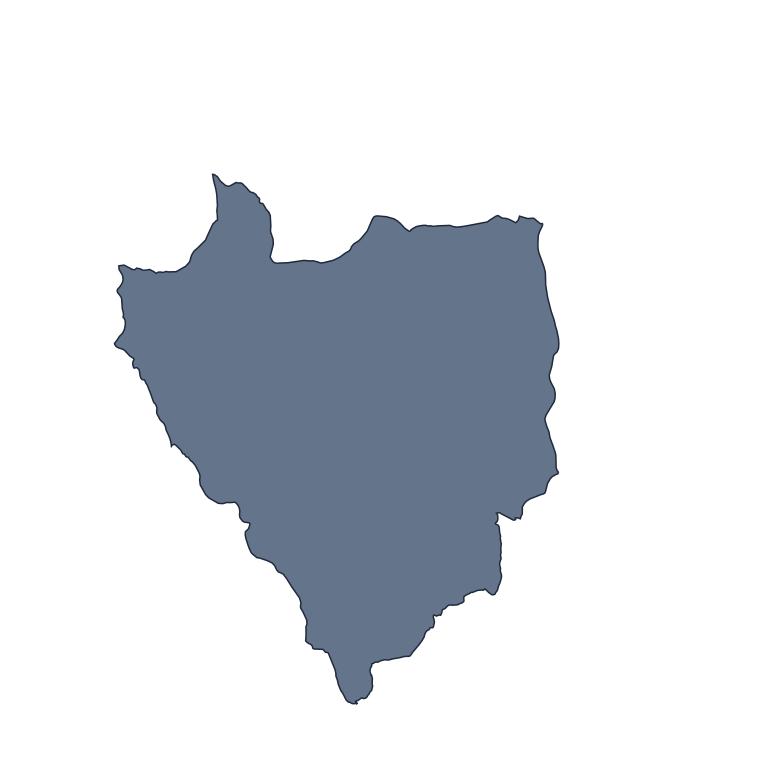 the district of Buenavista, Boyacá, Colombia, rotated 151°
{"feature_id": "7082276B74046727222387", "entity_name": "Buenavista", "entity_type": "district", "adm_level": 2, "iso_a3": "COL", "parent_name": "Colombia", "parent_adm1": "Boyacá", "projection": "natural_earth1", "projection_center": [-73.954, 5.487], "detail": "fine", "context": "isolated", "style": "filled", "palette": "slate", "viewbox_px": 768, "rotation_deg": 151, "n_neighbors": 0, "source": "geoboundaries", "source_scale": "gbopen_adm2", "svg_char_len": 6171}
<svg xmlns="http://www.w3.org/2000/svg" viewBox="0 0 768 768"><g transform="rotate(151 384 384)"><path d="M432.3,650.5L434.4,644.4L436.7,635.7L438.5,630.6L443.3,620.6L446.2,616.6L448.2,611.9L450.2,608.1L452.2,608.1L453.4,607.5L455.8,607.1L465.6,600.0L470.3,596.4L480.7,593.4L486.0,592.2L489.9,589.9L494.8,585.0L500.4,583.1L511.4,583.0L517.5,586.2L518.9,587.0L519.8,588.0L523.5,588.8L525.0,590.2L527.2,591.3L529.6,591.2L530.9,594.0L533.5,597.8L537.0,599.0L539.7,600.4L541.3,602.8L544.2,605.3L546.2,604.8L547.5,605.2L548.8,606.6L553.7,614.0L558.6,615.9L560.2,612.5L560.0,606.8L560.4,604.6L561.7,601.6L563.3,599.8L565.1,598.6L568.1,597.0L570.7,596.2L571.8,595.4L572.4,594.4L572.6,593.5L571.8,587.6L572.3,585.5L576.4,576.7L577.3,573.2L578.3,570.8L579.9,568.8L579.5,567.8L579.5,565.4L580.8,562.4L582.7,559.8L584.8,557.4L588.0,555.2L592.3,553.9L596.6,551.6L600.0,550.2L600.3,549.4L600.2,546.9L599.5,545.6L598.5,544.1L595.3,540.7L594.5,538.8L592.6,531.3L590.6,527.7L590.8,526.5L592.3,525.6L593.4,524.4L594.2,523.1L595.0,520.1L594.9,519.1L592.2,518.2L591.3,515.7L591.6,514.1L593.4,509.2L593.7,507.5L593.7,506.1L593.2,505.0L591.5,503.5L591.8,499.9L591.6,497.9L592.8,488.7L594.2,480.5L594.2,478.7L593.7,477.5L593.7,475.8L594.2,473.1L596.1,470.3L597.0,468.1L597.2,461.8L596.7,459.2L595.7,456.7L595.7,453.3L597.0,448.7L597.1,445.3L597.7,440.1L598.8,435.9L600.1,432.6L598.7,433.3L597.3,433.0L596.4,432.7L595.8,431.6L593.8,424.9L593.8,420.6L592.5,419.5L592.4,416.3L590.9,415.1L590.2,410.4L589.6,409.3L589.1,407.5L588.5,403.9L588.8,395.9L589.5,392.7L591.8,389.4L593.7,384.6L593.6,373.7L592.5,369.4L586.8,360.0L583.0,357.5L579.2,356.7L575.6,354.6L571.9,353.0L571.0,351.4L570.5,348.3L570.7,345.8L571.7,342.8L573.9,339.5L574.8,336.8L574.2,332.7L573.2,331.0L569.4,328.1L569.1,326.9L569.7,325.8L572.7,323.1L576.8,322.0L578.6,319.2L579.7,315.8L580.8,310.3L581.5,306.2L581.9,301.5L581.6,299.5L579.3,293.7L577.2,292.1L571.9,286.3L568.7,281.9L567.7,278.3L568.0,273.1L567.4,270.7L565.8,268.9L564.3,266.4L563.5,261.0L563.0,250.9L561.6,238.1L562.1,235.4L563.0,232.3L564.6,230.5L565.5,228.3L565.4,223.4L566.0,215.3L567.0,212.8L568.0,211.1L569.8,209.7L574.5,201.2L577.1,197.2L576.8,196.0L575.7,193.6L574.5,192.1L573.9,190.7L573.9,188.9L574.4,187.3L573.7,186.2L565.9,181.4L565.3,177.8L563.4,176.4L563.2,175.3L565.3,157.9L566.3,154.5L567.7,151.7L568.2,148.1L569.7,143.0L570.4,136.4L570.0,133.3L570.3,126.0L569.5,123.3L567.9,121.7L566.8,120.0L565.6,119.1L563.0,117.9L563.0,117.5L562.3,117.6L562.3,118.6L562.9,119.8L562.7,120.4L560.1,119.8L556.0,120.3L555.3,119.9L554.5,118.8L552.4,118.2L550.8,118.4L549.0,119.6L547.9,119.8L545.6,121.4L543.9,121.8L543.0,122.4L540.4,125.3L539.6,127.8L537.0,131.9L536.1,135.2L536.4,135.2L535.9,138.5L535.3,140.0L533.6,142.0L531.4,143.4L530.3,145.3L528.9,144.8L526.5,145.0L524.0,143.6L521.4,143.6L517.4,142.6L513.7,140.3L509.8,139.4L502.3,136.8L498.2,135.8L494.1,133.7L493.0,133.6L491.9,134.0L489.2,135.4L480.0,138.9L474.8,141.3L471.6,143.3L469.6,145.4L467.4,146.9L465.5,147.4L463.4,147.3L462.2,148.2L461.5,148.4L459.7,147.3L458.7,147.5L455.5,151.0L454.4,153.7L454.1,155.7L453.0,157.6L452.4,157.7L451.6,157.1L450.8,155.7L447.4,155.1L446.6,154.3L444.4,155.9L442.8,158.0L441.5,158.3L440.2,158.0L438.8,158.2L436.7,158.9L434.7,159.2L433.7,158.9L431.4,157.4L426.7,155.2L423.9,155.1L421.9,154.7L420.3,154.9L419.4,155.3L418.3,157.4L418.0,158.3L416.8,159.4L413.7,159.6L410.9,159.3L408.8,159.5L407.5,158.8L402.2,158.1L399.5,157.0L396.8,155.4L395.4,155.9L394.9,155.6L393.5,150.8L391.9,147.5L391.0,146.8L389.6,146.4L388.8,146.4L387.9,147.2L385.3,148.3L384.5,148.9L381.6,151.9L379.2,153.7L376.8,156.0L374.8,158.2L373.8,160.1L373.2,163.1L372.6,164.7L371.6,166.0L370.5,169.9L369.0,172.1L366.2,174.5L365.1,177.8L363.4,179.7L361.2,184.2L358.8,187.4L358.4,189.5L357.6,190.9L357.4,192.4L355.8,194.4L355.1,197.3L352.6,203.3L352.5,204.2L352.9,205.6L354.3,207.5L354.3,207.9L353.7,208.5L351.8,208.8L350.2,210.2L348.4,213.4L348.1,214.8L348.3,216.5L345.3,215.5L344.6,214.0L336.9,202.3L336.4,201.9L334.6,201.6L334.1,203.2L332.2,202.3L330.1,200.0L328.5,201.7L326.0,203.4L322.6,209.4L318.7,211.7L315.9,212.5L312.0,212.7L300.5,211.2L298.1,210.6L296.4,210.6L295.4,211.1L289.1,217.8L284.5,220.5L281.8,221.4L277.4,221.5L275.6,221.1L275.2,221.4L274.3,222.3L274.5,224.7L274.0,227.4L269.0,236.9L268.1,238.8L267.5,240.9L266.1,248.2L265.0,255.8L264.2,258.6L263.0,261.8L262.1,268.4L261.0,273.4L260.4,274.9L259.9,275.9L257.2,278.3L243.8,286.0L241.7,288.1L239.0,292.4L237.9,295.6L237.4,297.5L237.2,304.2L236.8,307.6L235.7,310.6L234.9,312.0L228.8,318.0L222.6,325.8L221.6,326.8L220.5,327.3L217.3,328.1L215.1,329.7L213.9,330.8L211.6,334.4L209.5,338.8L206.9,346.9L206.1,351.0L204.3,357.0L202.5,366.8L198.9,380.4L194.6,392.2L189.3,402.3L188.6,404.0L187.2,409.4L184.9,423.8L183.8,427.4L181.8,431.4L177.1,439.1L173.5,442.3L168.6,445.7L167.8,446.9L167.7,447.5L169.4,448.3L170.0,449.4L172.6,456.2L173.9,457.1L177.3,458.6L178.6,459.5L184.1,465.1L186.2,463.0L188.1,461.8L190.6,461.2L194.6,467.1L196.8,469.5L200.2,471.8L202.5,475.9L203.4,476.3L204.8,476.5L213.0,476.0L214.9,475.6L236.1,482.6L242.4,485.0L244.5,486.1L246.8,487.8L249.7,490.9L260.0,496.1L264.1,497.8L266.9,500.0L268.8,500.8L270.8,502.7L272.9,503.8L277.7,505.6L279.8,506.0L283.9,506.0L285.8,505.7L286.8,505.0L287.6,505.2L288.2,505.8L290.4,510.3L291.7,516.0L293.2,520.1L295.2,523.6L300.6,529.0L308.1,534.1L309.7,534.8L311.5,535.1L313.9,534.0L324.5,525.9L333.5,522.4L336.5,521.5L342.1,521.2L343.2,520.9L345.9,519.8L347.7,518.2L350.0,517.3L355.0,517.2L360.6,516.4L362.4,516.4L368.5,516.8L379.0,519.7L380.9,520.7L382.9,523.0L386.2,526.1L389.2,527.6L394.1,530.9L409.4,536.7L417.4,540.8L418.1,540.8L420.5,542.7L421.4,543.9L421.9,545.3L422.1,549.9L421.4,551.0L413.1,559.8L410.8,564.5L409.5,571.6L409.1,572.9L406.3,577.2L401.6,586.9L401.8,588.8L401.7,589.7L401.4,589.8L402.3,593.8L402.4,599.4L402.6,600.7L403.8,601.5L404.6,602.3L404.6,604.1L403.7,605.1L403.1,606.2L403.2,607.5L403.9,608.6L404.2,611.9L404.7,613.0L405.8,614.9L407.6,616.4L408.4,618.5L409.1,622.1L410.8,627.9L411.6,629.2L414.7,630.9L415.7,632.0L423.0,631.9L425.0,632.9L426.6,635.0L428.8,641.2L429.2,646.4L429.7,646.9L430.8,649.4L432.3,650.5Z" fill="#64748b" stroke="#1e293b" stroke-width="1.5"/></g></svg>